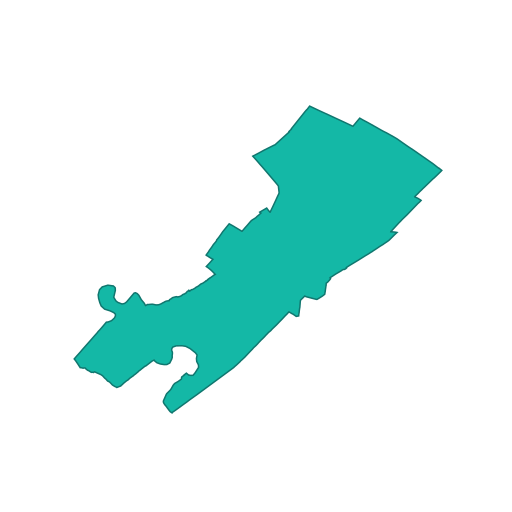 Mogosesti-Siret, Iasi, Romania (Robinson projection), rotated 167°
{"feature_id": "2599482B47382961924447", "entity_name": "Mogosesti-Siret", "entity_type": "district", "adm_level": 2, "iso_a3": "ROU", "parent_name": "Romania", "parent_adm1": "Iasi", "projection": "robinson", "projection_center": [26.761, 47.126], "detail": "fine", "context": "isolated", "style": "filled", "palette": "teal", "viewbox_px": 512, "rotation_deg": 167, "n_neighbors": 0, "source": "geoboundaries", "source_scale": "gbopen_adm2", "svg_char_len": 6115}
<svg xmlns="http://www.w3.org/2000/svg" viewBox="0 0 512 512"><g transform="rotate(167 256 256)"><path d="M236.7,354.0L234.0,349.2L231.4,344.2L230.0,341.7L220.6,323.6L218.6,319.6L218.5,319.2L218.5,318.8L218.7,317.3L219.2,312.8L219.4,312.2L219.7,311.6L221.5,309.4L224.4,305.6L228.7,300.1L232.4,295.5L232.5,295.5L233.9,298.2L234.8,300.3L242.5,297.9L242.0,297.1L241.6,296.7L244.2,295.2L245.7,294.5L245.9,294.4L247.7,293.3L250.6,292.3L252.0,291.8L252.8,291.4L253.4,291.0L257.7,287.8L260.3,286.0L263.9,283.3L264.2,283.3L267.6,286.6L270.1,289.0L270.8,289.7L272.3,291.1L274.9,293.4L281.2,288.5L282.9,287.2L284.1,286.1L285.6,284.7L286.4,284.0L288.1,282.5L290.0,281.0L290.7,280.5L291.2,279.6L291.6,279.2L295.0,276.7L296.3,275.4L297.5,274.3L298.1,273.8L300.2,272.0L301.4,270.7L304.2,268.3L304.4,268.1L304.4,267.9L303.2,266.9L302.7,266.4L302.5,266.1L300.3,263.9L299.0,262.8L298.7,262.5L299.3,262.1L303.4,259.2L305.8,257.6L306.8,256.9L305.2,255.2L304.2,253.9L303.2,252.6L302.0,250.8L299.9,247.3L300.4,247.2L300.6,247.0L301.4,246.8L301.6,246.8L302.1,246.5L302.4,246.3L304.1,245.6L306.3,244.7L306.3,244.8L308.2,244.0L308.1,243.8L309.0,243.4L310.3,242.8L310.5,243.0L311.3,242.5L312.6,242.0L313.9,241.5L315.6,241.2L315.8,241.2L316.5,240.9L318.9,239.7L321.8,238.9L322.2,238.6L323.9,238.0L325.3,237.6L326.5,237.7L328.5,236.7L329.1,237.7L329.7,237.1L330.7,237.1L331.5,236.5L332.5,235.7L333.4,235.5L334.3,235.0L335.3,235.1L336.7,234.6L337.2,234.2L338.8,233.8L340.1,233.7L341.6,233.7L342.2,234.1L342.7,234.3L344.7,234.3L346.7,234.2L348.7,233.3L350.1,232.9L350.6,232.0L352.7,232.2L353.9,232.2L354.9,232.0L355.9,231.7L356.0,231.6L357.5,231.3L359.0,230.8L360.7,230.5L362.0,230.4L363.9,230.7L364.6,230.9L367.6,232.3L369.2,232.6L372.3,233.0L372.5,233.1L372.8,233.2L373.7,232.8L374.8,232.6L375.5,235.1L377.6,239.3L378.3,241.8L379.0,244.1L380.2,246.1L381.7,247.3L383.1,247.3L392.5,240.3L394.9,239.3L397.4,239.4L401.2,242.0L402.6,243.8L403.9,247.8L400.8,254.1L400.4,256.1L400.4,256.9L401.7,258.9L406.9,260.9L412.8,260.5L416.0,258.4L418.5,253.7L418.9,250.2L418.7,245.7L418.1,242.1L415.5,238.3L410.4,235.3L407.3,232.8L406.1,231.0L406.5,229.1L408.1,227.3L411.3,225.5L414.7,225.0L416.2,225.1L416.7,225.2L421.1,221.9L424.0,219.8L425.1,219.0L426.7,218.0L428.0,216.9L430.7,215.0L434.7,212.1L446.5,203.7L447.0,203.3L448.1,202.5L449.0,201.8L451.7,199.9L453.3,198.8L456.3,196.6L455.3,194.5L453.8,190.6L453.3,189.2L452.4,186.7L451.7,186.6L449.7,185.6L448.2,185.5L447.4,185.0L447.0,184.0L445.6,182.4L444.7,181.8L443.0,180.0L442.4,179.6L441.8,179.6L441.0,179.3L440.4,179.0L439.5,179.5L438.8,179.1L437.7,178.2L433.8,175.3L432.5,173.9L431.9,172.9L431.1,171.4L430.5,170.5L430.0,169.9L429.8,169.6L428.7,167.5L428.5,167.4L428.3,167.3L427.8,166.8L427.3,166.4L426.9,166.0L425.7,164.0L425.1,162.9L424.8,162.5L423.1,160.8L421.4,159.5L421.2,159.2L416.9,159.8L416.8,160.0L416.6,160.2L415.8,160.5L415.0,160.9L414.6,161.2L413.4,161.9L410.2,163.5L408.6,164.0L408.1,164.3L406.2,165.4L404.7,166.0L403.3,166.6L402.6,166.8L402.1,167.1L401.7,167.4L399.8,168.2L399.4,168.4L398.1,169.1L397.2,169.5L396.2,170.2L394.3,171.0L392.8,171.8L392.1,172.1L388.7,173.7L388.2,173.6L380.8,177.0L378.7,177.5L378.1,176.2L376.6,174.3L373.5,172.3L369.8,170.8L367.3,170.3L364.1,171.1L361.3,174.5L360.4,176.1L360.1,177.8L359.4,179.6L359.1,181.1L359.4,183.1L358.9,184.7L357.5,186.0L354.0,186.4L352.1,186.0L348.3,185.2L344.8,183.8L341.1,180.7L336.8,175.3L335.7,172.8L337.1,169.5L337.5,166.5L336.6,162.9L337.0,160.4L341.6,155.9L344.2,153.9L346.7,154.4L347.5,154.9L348.2,154.9L348.6,155.4L350.2,157.5L352.8,156.3L352.7,156.1L355.5,154.9L355.9,154.3L356.2,153.2L356.5,152.8L360.0,151.3L363.9,150.1L364.5,149.7L365.8,148.7L368.3,145.9L369.6,144.7L371.2,143.7L373.1,142.5L373.9,142.0L374.6,141.3L376.0,139.4L376.9,138.2L378.7,135.8L379.0,135.1L379.1,134.3L379.0,133.7L378.8,132.9L378.2,131.3L377.6,130.3L375.4,125.2L374.6,123.6L373.9,122.8L373.1,122.0L372.8,122.4L371.5,122.9L367.8,124.4L360.1,127.7L356.0,129.4L353.4,130.6L343.8,134.6L302.9,152.3L301.6,153.1L299.5,154.2L295.0,156.8L294.2,157.5L293.8,157.6L293.2,157.9L292.6,158.3L291.5,158.9L289.3,160.2L288.6,160.7L285.0,163.1L283.2,164.3L280.4,166.1L279.1,167.1L277.9,167.8L276.6,168.5L276.1,168.8L274.6,169.8L274.1,170.1L273.2,170.8L269.7,173.1L269.2,173.4L268.6,173.7L265.9,175.4L264.2,176.6L261.8,178.1L261.2,178.6L259.5,179.4L258.5,179.9L256.5,181.3L251.6,184.2L248.1,186.5L245.1,188.4L241.1,191.1L240.5,191.5L239.4,192.1L237.7,193.3L236.5,194.1L236.0,193.7L234.0,191.8L233.0,191.0L230.4,188.1L227.9,188.0L227.3,189.8L226.7,191.2L226.1,193.0L225.7,194.0L225.5,194.6L224.8,196.2L223.2,201.3L222.6,202.9L217.5,206.0L216.4,205.1L214.7,204.2L210.3,201.9L206.8,200.1L206.3,200.0L203.2,201.0L200.6,201.9L199.0,202.6L197.6,203.3L197.4,203.8L197.2,204.4L196.6,205.7L195.7,208.2L195.4,208.9L194.7,210.8L194.3,211.6L193.7,213.7L193.3,213.9L192.7,214.1L191.9,214.5L189.4,216.3L188.5,217.1L188.4,217.3L188.3,217.6L188.3,217.9L188.4,218.1L188.6,218.2L188.3,218.4L188.0,218.4L187.3,218.7L186.4,219.0L182.4,220.5L176.0,222.5L175.2,222.9L174.0,223.2L172.8,223.0L171.4,223.4L170.4,224.0L170.6,224.4L169.7,224.8L166.2,226.0L161.6,227.5L157.3,228.9L149.0,231.8L145.8,232.8L142.8,233.9L142.3,234.0L140.1,234.9L138.1,235.6L132.9,237.6L129.5,238.7L128.9,239.0L123.7,241.0L122.5,241.6L116.1,245.6L113.3,247.2L114.4,247.7L116.0,248.3L119.2,249.3L119.1,249.5L118.5,249.8L117.1,250.8L109.2,256.2L107.4,257.3L105.2,258.8L99.5,262.2L86.5,270.7L84.8,271.6L82.6,273.0L82.9,273.4L84.9,275.4L85.9,276.3L87.9,277.8L88.0,278.0L87.6,278.4L83.1,281.1L82.8,281.4L79.7,283.2L78.5,284.0L75.9,285.5L75.1,286.0L67.6,290.5L66.3,291.3L65.2,291.8L62.3,293.5L56.4,297.1L55.7,297.6L58.0,300.5L58.2,300.4L60.5,303.3L62.7,306.0L78.6,323.6L83.0,328.2L87.9,333.6L88.8,334.6L92.2,338.4L94.8,340.9L101.2,346.7L103.2,348.3L105.6,350.4L109.8,354.3L117.4,361.2L121.1,364.4L123.9,367.0L132.4,360.6L140.9,367.3L162.7,384.2L170.0,390.0L171.1,389.1L173.0,387.5L173.4,387.2L173.6,387.2L175.7,385.7L192.1,372.7L193.0,372.0L193.0,371.6L195.9,369.9L195.7,369.4L197.9,368.2L212.6,360.0L212.8,359.9L213.2,360.0L224.4,357.3L229.7,355.8L236.7,354.0Z" fill="#14b8a6" stroke="#0f766e" stroke-width="1.5"/></g></svg>